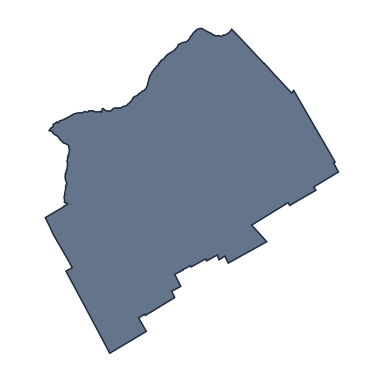 outline of General Rodríguez, Buenos Aires, Argentina, rotated 182°
{"feature_id": "61730980B11219984208084", "entity_name": "General Rodríguez", "entity_type": "district", "adm_level": 2, "iso_a3": "ARG", "parent_name": "Argentina", "parent_adm1": "Buenos Aires", "projection": "natural_earth1", "projection_center": [-58.934, -34.64], "detail": "fine", "context": "isolated", "style": "filled", "palette": "slate", "viewbox_px": 384, "rotation_deg": 182, "n_neighbors": 0, "source": "geoboundaries", "source_scale": "gbopen_adm2", "svg_char_len": 6100}
<svg xmlns="http://www.w3.org/2000/svg" viewBox="0 0 384 384"><g transform="rotate(182 192 192)"><path d="M315.2,108.5L290.3,65.7L268.6,28.0L232.8,51.1L240.9,64.3L235.0,68.2L234.3,67.0L205.6,85.9L208.8,92.1L199.9,97.3L206.4,109.1L198.3,113.6L198.5,114.0L191.2,118.2L190.3,117.0L176.2,125.5L175.0,123.6L164.6,129.9L162.6,125.1L157.0,129.1L153.3,122.2L115.6,144.9L131.2,161.0L95.6,184.7L93.9,181.9L79.0,191.4L68.2,198.0L70.4,201.4L46.3,217.1L51.5,226.0L50.0,226.9L93.9,297.1L94.4,296.7L94.7,296.3L95.3,294.7L95.6,294.4L95.8,294.3L115.0,313.5L124.2,323.1L124.5,322.9L131.4,329.7L147.5,345.8L158.0,356.0L158.2,355.7L158.6,355.3L158.8,355.1L159.2,354.4L159.9,353.3L160.3,352.8L160.5,352.6L160.9,352.5L161.1,352.3L161.7,351.9L161.9,351.6L162.1,351.3L162.4,351.1L162.8,351.0L163.1,350.9L164.0,350.2L164.3,350.1L164.6,350.0L165.8,350.0L166.2,349.9L166.7,349.4L168.3,348.7L168.9,348.8L169.7,348.9L171.5,349.3L172.1,349.1L172.6,348.9L174.1,348.9L174.5,348.9L174.7,349.2L175.0,349.7L176.2,349.8L176.6,350.0L177.3,350.4L177.8,350.8L178.6,351.4L180.1,351.9L181.1,352.3L181.4,352.6L182.1,352.7L183.2,353.4L183.9,353.6L185.1,354.3L186.0,354.7L186.6,355.1L187.2,355.5L187.9,355.8L188.4,355.9L189.3,355.7L191.6,355.1L191.9,354.9L192.6,354.7L193.6,353.7L194.1,353.1L195.1,352.2L195.8,351.4L196.2,351.0L196.7,350.4L197.2,349.5L197.8,348.3L198.4,347.9L198.8,347.5L199.1,346.7L199.6,345.5L199.9,344.9L200.4,344.3L201.1,343.6L201.9,342.7L202.3,342.4L203.2,342.0L203.9,341.7L204.8,341.4L206.6,341.0L207.7,340.6L208.8,339.9L209.8,339.4L210.4,339.1L210.7,338.7L210.9,338.4L211.1,337.8L211.3,337.4L211.9,336.1L212.7,335.3L213.4,334.5L213.8,333.8L214.6,333.1L215.0,332.5L215.3,332.4L215.7,332.2L216.6,331.7L216.9,331.3L217.8,330.9L218.5,330.3L218.9,330.2L220.5,329.1L221.5,328.2L222.2,327.7L222.4,327.5L223.0,326.6L223.0,326.1L223.3,325.9L223.9,325.7L224.2,325.1L224.4,324.5L224.6,324.2L225.4,323.6L225.9,323.5L226.5,323.2L227.6,322.2L227.8,321.8L227.9,321.2L228.3,320.7L228.9,320.5L229.2,320.1L229.6,319.6L229.9,319.0L230.0,318.4L230.2,317.9L230.4,317.3L231.5,316.7L231.9,316.4L232.2,315.8L232.5,315.1L232.7,314.7L232.9,314.4L233.3,314.2L233.8,313.9L234.1,313.7L234.4,313.3L234.8,312.4L235.2,311.5L235.7,311.1L236.1,310.6L236.3,310.0L236.7,309.3L237.0,308.8L237.3,308.2L237.5,307.7L237.8,307.3L238.0,306.7L238.4,305.9L238.7,305.0L238.7,304.8L238.9,303.8L239.1,303.1L239.1,302.7L239.4,301.3L239.5,300.8L239.7,300.1L240.0,299.6L240.0,298.8L240.3,298.1L240.3,297.5L240.1,297.0L240.2,296.8L240.5,296.2L241.0,295.5L241.5,294.3L241.9,293.4L242.3,293.0L242.6,292.8L243.4,291.8L243.8,291.5L245.1,291.2L245.4,291.0L245.6,290.6L246.0,290.3L246.2,290.1L246.4,289.8L246.9,289.4L247.8,288.9L248.3,288.7L248.5,288.5L248.5,288.2L249.0,287.7L249.3,287.4L249.6,287.1L251.2,286.0L252.7,285.4L253.1,285.3L253.8,284.5L254.0,284.1L254.5,283.7L254.8,283.1L254.9,282.8L254.9,282.3L255.1,281.9L255.5,281.3L255.6,280.9L256.0,280.6L256.5,280.4L257.1,279.6L257.2,279.4L257.5,278.9L258.0,278.4L258.6,278.0L259.0,277.8L259.5,277.4L259.8,276.9L260.0,276.4L260.8,276.0L262.1,275.6L264.0,275.0L264.6,274.6L265.7,273.8L266.2,273.6L266.9,273.6L267.4,273.5L268.5,273.4L271.4,273.4L272.5,273.0L273.4,272.8L273.8,272.6L274.0,272.3L274.9,271.3L275.4,270.7L275.8,270.3L276.1,270.1L276.9,270.2L277.2,270.1L278.1,270.2L278.9,269.9L279.4,269.9L280.4,270.2L281.4,270.6L282.0,270.9L282.7,271.4L283.2,271.9L283.6,272.3L283.9,272.3L284.3,272.2L284.5,272.0L284.6,271.3L284.8,270.8L285.0,270.1L285.0,269.3L285.0,268.8L285.5,268.6L286.0,268.8L286.4,269.3L287.6,269.1L288.9,268.6L289.4,268.7L290.3,268.8L290.9,268.7L291.4,268.7L291.8,268.8L292.3,269.1L293.1,269.4L293.7,269.7L294.1,269.8L294.8,269.8L295.3,269.7L296.0,269.4L296.5,269.3L296.8,269.5L297.3,269.6L297.5,269.6L298.2,269.5L298.4,269.2L298.4,268.8L298.7,268.5L299.0,268.3L299.5,268.1L300.0,268.1L300.9,268.5L301.6,268.6L302.1,268.6L303.1,268.1L303.5,267.8L303.8,267.7L304.3,267.5L304.4,267.3L304.7,267.0L305.0,267.0L306.3,267.4L306.9,267.4L307.5,267.1L307.8,267.1L309.6,266.9L310.4,266.7L311.4,266.3L312.8,265.8L313.9,265.2L314.1,265.2L317.1,263.1L319.1,262.1L320.0,261.5L320.3,261.2L321.9,260.7L323.5,259.5L325.6,258.9L327.0,258.3L327.2,258.1L327.3,257.7L327.4,257.4L327.6,257.1L327.8,256.8L328.3,256.6L329.0,256.7L329.5,257.0L329.5,257.3L329.8,257.3L330.3,256.7L330.7,256.3L331.0,255.9L331.3,255.7L331.9,255.3L332.3,255.1L332.9,255.0L333.2,254.7L333.1,253.6L333.1,253.2L333.2,252.8L333.2,252.3L333.4,252.1L333.8,251.9L334.5,251.5L335.0,251.2L335.6,250.6L335.8,250.4L336.1,249.6L336.9,248.4L335.7,248.0L335.1,248.0L334.3,247.8L334.1,247.7L333.9,247.5L333.7,247.3L333.1,246.1L332.9,245.8L332.7,245.6L332.3,245.5L332.1,245.3L331.1,244.4L330.8,244.2L330.0,244.1L329.7,244.0L329.4,243.8L329.3,243.6L328.9,243.4L328.7,243.2L328.4,242.8L327.8,242.6L327.2,242.1L327.0,241.9L326.9,241.6L326.4,240.5L322.0,236.4L320.5,236.1L317.5,234.7L317.0,234.0L316.7,233.0L316.6,231.9L316.5,231.2L316.2,230.6L315.9,230.2L316.0,229.3L316.3,227.1L316.2,226.8L316.3,226.4L316.2,226.2L316.3,225.9L316.7,225.6L316.7,225.3L316.6,225.1L316.6,224.7L317.1,224.0L317.1,223.7L317.6,223.3L317.6,222.9L317.5,222.6L317.4,222.4L317.5,222.1L317.5,221.6L317.5,220.7L317.7,219.7L317.8,219.4L317.7,219.2L317.6,218.9L317.8,218.7L318.0,218.3L318.1,218.0L317.9,217.7L317.6,217.6L317.5,217.2L317.5,216.9L317.5,216.5L317.5,216.2L317.3,215.6L317.4,214.5L317.5,214.0L317.6,213.2L317.5,212.8L317.4,212.6L317.4,212.3L317.6,212.0L317.7,211.6L317.8,210.3L317.8,210.0L318.0,209.7L318.3,209.2L318.6,207.9L318.7,207.5L318.6,206.4L318.8,206.4L319.1,206.2L319.3,205.9L319.3,205.6L319.3,204.9L319.2,204.6L319.2,204.2L319.1,203.7L319.1,203.2L319.4,202.8L319.3,202.5L319.3,202.2L319.3,201.9L319.2,201.6L319.0,201.4L319.0,201.1L319.1,200.7L319.0,200.4L318.8,199.3L318.2,198.2L317.7,196.8L317.4,195.7L317.8,194.9L318.0,194.8L318.1,194.5L318.2,194.2L318.3,193.7L318.6,193.3L318.5,193.0L318.4,192.7L318.3,192.4L318.4,191.7L318.4,191.2L319.7,181.7L318.9,179.3L319.3,177.7L318.9,176.9L315.9,176.1L316.2,175.0L319.5,173.5L319.8,172.6L325.8,168.9L337.7,161.3L332.3,151.0L329.0,144.4L315.1,122.3L309.1,112.3L315.2,108.5Z" fill="#64748b" stroke="#1e293b" stroke-width="1.5"/></g></svg>